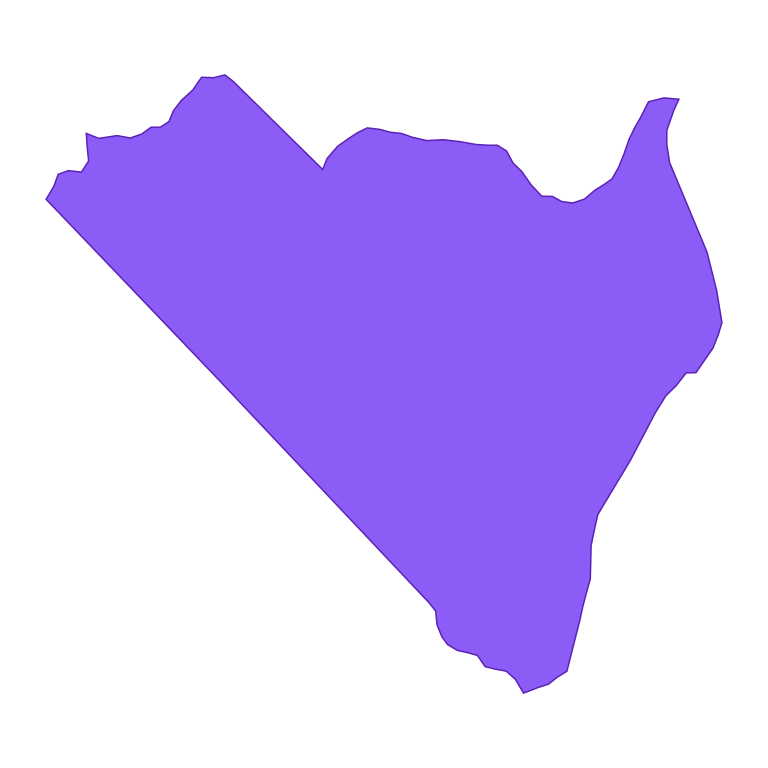 Aguiarnópolis, Tocantins, Brazil
{"feature_id": "56859067B74205532549606", "entity_name": "Aguiarnópolis", "entity_type": "district", "adm_level": 2, "iso_a3": "BRA", "parent_name": "Brazil", "parent_adm1": "Tocantins", "projection": "natural_earth1", "projection_center": [-47.503, -6.502], "detail": "fine", "context": "isolated", "style": "filled", "palette": "violet", "viewbox_px": 768, "rotation_deg": 0, "n_neighbors": 0, "source": "geoboundaries", "source_scale": "gbopen_adm2", "svg_char_len": 1351}
<svg xmlns="http://www.w3.org/2000/svg" viewBox="0 0 768 768"><path d="M678.9,99.2L663.8,97.9L648.5,101.8L640.5,117.6L634.7,127.7L629.0,139.5L623.7,154.8L618.4,167.7L612.0,178.9L603.3,185.0L595.0,190.1L584.5,199.1L572.7,203.0L561.6,201.5L552.4,196.4L541.8,196.2L531.2,185.0L521.8,171.5L513.1,163.1L506.5,150.9L497.2,145.2L487.6,145.2L476.2,144.5L460.2,141.7L443.4,139.7L426.8,140.6L412.4,137.3L401.3,133.4L390.5,132.3L379.9,129.4L367.3,127.9L357.5,132.7L348.8,138.4L337.6,146.3L327.1,158.5L322.7,169.5L233.0,81.2L224.9,74.9L213.8,77.7L201.5,77.3L192.8,90.0L181.1,100.7L173.4,110.8L169.0,121.5L160.3,127.2L151.1,127.2L141.8,134.0L130.3,138.0L117.1,135.6L98.8,138.4L86.3,133.4L87.2,146.9L88.6,161.0L81.4,172.1L68.4,170.6L58.2,174.3L53.8,186.4L46.1,199.3L149.6,307.5L217.0,378.0L429.4,603.1L435.7,611.2L437.0,624.6L441.9,636.8L447.7,644.7L457.4,650.4L468.1,652.8L477.4,655.4L485.1,666.6L494.8,669.0L506.3,671.2L515.5,679.5L523.5,693.1L538.4,687.4L548.6,684.1L556.7,677.6L566.9,671.2L571.2,654.3L579.9,620.0L582.9,606.2L586.7,591.9L590.3,579.0L590.7,563.9L591.1,545.9L593.1,535.9L595.4,525.1L597.9,514.4L630.3,460.5L655.3,412.8L665.8,395.9L676.0,385.9L686.2,372.9L695.9,372.7L712.9,348.2L718.5,334.2L721.9,322.4L716.6,290.2L707.0,252.1L669.6,162.5L666.8,144.5L666.8,130.5L674.0,109.9L678.9,99.2Z" fill="#8b5cf6" stroke="#5b21b6" stroke-width="1.5"/></svg>